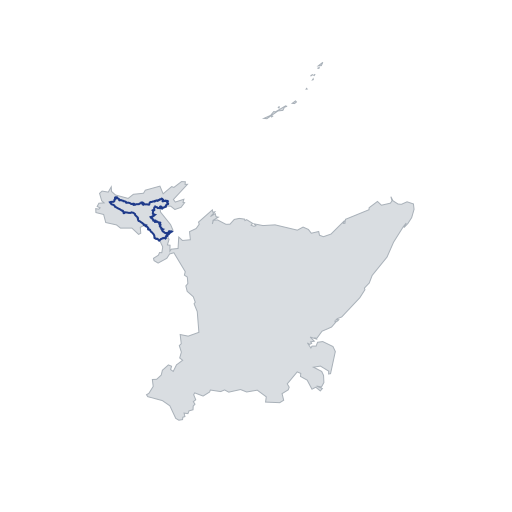 Assam highlighted on a map of India, rotated 232°
{"feature_id": "IND-2477", "entity_name": "Assam", "entity_type": "State", "adm_level": 1, "iso_a3": "IND", "parent_name": "India", "parent_adm1": "", "projection": "natural_earth1", "projection_center": [92.64, 26.061], "detail": "fine", "context": "in_parent", "style": "outline", "palette": "blue", "viewbox_px": 512, "rotation_deg": 232, "n_neighbors": 0, "source": "natural_earth", "source_scale": "10m", "svg_char_len": 9264}
<svg xmlns="http://www.w3.org/2000/svg" viewBox="0 0 512 512"><g transform="rotate(232 256 256)"><path d="M110.1,223.6L115.8,222.3L116.6,218.1L126.7,219.9L133.7,216.9L135.9,219.0L139.3,217.1L136.0,201.9L132.2,201.4L130.7,199.0L131.5,191.8L125.3,189.0L125.8,184.4L135.0,173.6L138.7,177.4L149.5,174.4L154.6,164.9L160.3,161.6L165.5,150.7L169.8,148.8L170.9,144.7L178.5,137.5L177.4,135.7L178.2,128.1L185.9,123.4L185.1,121.5L179.8,120.0L179.8,116.9L176.8,116.7L176.4,114.1L173.6,111.7L175.2,107.9L173.7,105.3L176.5,102.6L173.2,101.1L174.0,99.1L172.3,97.4L174.1,94.1L177.5,92.8L191.0,95.9L199.7,93.2L211.8,84.1L214.1,84.3L213.7,87.0L216.5,94.7L222.5,98.3L220.0,101.8L220.5,108.0L223.6,111.9L224.1,119.9L221.1,121.6L219.1,118.8L216.0,119.7L219.2,126.4L219.0,134.0L222.6,133.1L226.2,138.0L232.6,140.4L232.9,143.1L240.8,147.9L234.6,153.2L231.0,164.0L248.4,175.5L256.5,177.8L257.0,179.7L262.5,181.5L270.5,180.0L275.6,182.3L276.3,185.4L281.7,188.9L285.0,187.8L287.2,190.6L309.1,193.3L310.8,189.2L309.1,184.3L310.7,174.5L315.1,172.8L317.3,173.8L316.7,179.6L318.1,182.1L316.6,183.8L320.6,188.1L326.7,189.5L332.5,187.2L336.4,188.6L348.9,187.6L349.8,182.4L344.9,179.2L345.3,176.8L354.4,175.4L361.4,166.4L366.4,165.2L374.9,158.2L382.5,161.5L388.8,156.6L392.0,158.9L389.7,160.9L389.9,162.8L392.8,161.3L394.3,164.7L391.4,169.0L394.5,168.4L401.7,171.3L401.9,174.7L397.3,178.9L399.6,184.5L395.9,181.9L390.6,182.8L380.1,190.7L380.1,197.4L374.7,206.0L376.0,209.3L370.2,223.3L362.2,221.1L362.6,232.3L360.6,233.5L360.5,243.1L358.0,246.0L356.1,244.2L354.7,246.1L351.4,225.7L348.2,225.6L345.1,234.1L343.2,231.5L342.0,232.6L340.5,226.9L342.6,220.7L347.7,219.5L349.9,217.0L351.2,211.3L353.6,210.5L349.4,207.8L333.3,208.0L327.3,206.4L327.2,198.6L325.7,195.3L324.5,197.8L322.7,197.8L319.3,193.0L317.4,194.9L312.8,191.1L313.5,193.5L309.9,199.2L318.5,206.8L313.5,207.6L309.2,214.3L316.1,218.6L314.5,225.8L316.0,230.8L318.1,231.6L319.2,250.0L317.2,248.9L316.1,250.8L315.1,244.4L314.5,249.9L311.5,248.7L309.8,250.2L310.6,244.2L308.1,241.3L310.3,244.4L308.1,247.9L299.5,251.8L297.1,255.0L298.2,261.4L295.9,266.0L292.1,269.7L290.7,269.1L290.4,271.0L283.9,273.4L283.2,271.1L280.6,272.7L279.9,274.6L282.6,274.2L275.7,280.2L268.8,290.2L250.9,304.5L249.8,310.9L244.7,313.6L239.9,313.6L236.7,320.5L233.3,318.8L229.7,321.0L227.1,328.6L229.4,347.6L227.9,344.9L227.0,346.2L229.8,349.1L222.9,373.5L224.4,374.9L224.2,385.3L218.8,386.1L214.9,394.4L215.7,397.1L219.7,398.8L215.3,397.9L209.5,399.9L207.2,402.4L205.7,408.4L200.1,412.1L195.5,409.3L190.4,402.3L188.1,395.7L187.3,390.1L189.5,394.7L188.4,390.1L182.2,372.9L174.5,358.6L169.2,335.6L165.0,328.6L164.0,321.7L162.4,321.1L159.2,312.1L155.2,286.0L156.6,281.5L156.4,279.9L154.9,282.0L154.6,280.8L154.8,278.1L156.6,278.4L154.6,277.4L153.5,271.8L156.1,261.7L153.7,253.3L154.9,252.2L153.6,252.3L158.8,248.8L153.0,249.5L154.7,246.2L152.9,246.1L153.3,243.9L155.9,243.0L149.7,242.6L150.5,244.7L148.0,247.9L150.1,251.4L147.5,255.9L137.3,260.9L131.9,259.7L117.4,242.3L118.3,240.6L120.5,242.4L129.6,239.0L133.0,232.8L124.6,236.7L120.3,235.7L114.5,231.6L112.5,227.0L116.3,223.6L110.7,226.7L110.1,223.6ZM356.2,370.9L354.2,366.8L356.8,362.6L357.5,349.1L359.6,346.9L357.8,354.1L358.9,358.9L357.6,360.1L356.2,370.9ZM367.5,422.1L367.5,427.9L365.8,424.7L367.5,422.1ZM353.9,382.6L352.5,382.7L352.4,380.2L354.0,378.5L353.9,382.6ZM362.9,412.8L362.8,414.5L362.4,412.9L362.9,412.8ZM364.5,410.5L363.9,412.7L364.1,410.3L364.5,410.5ZM366.1,420.0L365.6,421.8L365.1,421.1L366.1,420.0ZM357.0,399.0L356.1,399.1L356.6,398.2L357.0,399.0ZM355.8,371.7L354.9,372.7L355.3,371.2L355.8,371.7ZM359.2,364.9L359.6,366.5L358.5,365.3L359.2,364.9ZM360.4,410.1L359.7,409.7L360.0,408.9L360.4,410.1ZM356.2,354.0L355.8,355.8L356.0,353.9L356.2,354.0Z" fill="#d9dde1" stroke="#a8b0b8" stroke-width="1"/><path d="M327.7,189.2L328.0,189.3L328.8,189.1L329.9,189.0L330.3,188.9L330.6,188.6L330.8,187.9L331.2,187.7L331.7,187.7L331.9,187.6L332.3,187.2L332.5,187.1L332.9,187.2L333.8,187.9L334.9,188.5L336.2,188.7L339.1,188.5L339.6,188.2L341.0,188.3L341.3,188.4L341.7,188.6L342.0,188.6L342.4,188.4L342.6,188.2L342.9,187.6L343.0,187.5L343.2,187.4L343.7,187.5L344.1,188.2L344.2,188.3L344.9,188.2L345.3,188.3L346.0,188.3L346.9,187.7L347.2,187.6L347.4,187.7L347.5,188.1L347.7,188.3L347.8,188.1L347.8,187.9L347.7,187.8L347.9,187.7L347.9,187.3L348.0,187.3L348.5,187.6L349.3,187.6L349.7,187.2L349.7,186.8L351.0,187.0L351.7,186.7L352.2,186.7L352.6,186.5L354.4,185.9L355.0,185.8L355.3,185.6L355.7,185.2L355.9,185.1L357.0,185.3L358.3,185.9L358.3,186.2L358.5,186.3L359.1,186.5L362.6,186.0L362.9,186.1L363.1,186.2L363.5,186.5L364.1,186.3L365.2,186.1L365.8,185.8L366.4,185.2L367.1,184.7L367.1,184.2L367.1,183.9L367.3,183.5L368.6,182.0L369.5,181.3L371.2,179.6L371.4,179.3L371.3,179.1L371.0,178.7L370.9,178.6L371.0,178.4L371.2,178.1L371.3,178.1L371.7,178.5L372.0,178.6L372.3,178.8L373.3,178.5L373.5,178.8L373.8,178.6L374.0,178.7L374.3,178.5L374.8,178.1L375.4,177.9L376.0,177.7L376.7,177.5L378.2,176.7L381.2,175.5L381.7,175.2L382.3,175.4L382.8,175.5L383.6,175.3L384.1,175.1L385.4,174.2L385.8,174.0L388.3,174.0L388.0,174.9L387.6,175.5L386.8,176.6L386.5,177.0L386.4,177.3L386.5,177.6L386.6,178.4L387.0,178.8L387.4,179.0L387.5,179.2L387.6,179.9L387.5,180.4L387.5,180.5L387.5,181.0L388.1,180.5L388.4,180.5L388.8,180.9L388.8,181.4L388.7,181.5L388.4,181.7L388.3,182.1L388.0,182.3L387.8,182.5L387.7,182.6L387.4,182.5L387.1,182.5L386.7,182.5L385.1,183.1L384.9,183.1L384.3,182.6L384.1,182.6L383.8,182.8L383.6,183.0L383.4,183.8L383.0,184.2L382.3,184.5L381.4,185.3L381.1,185.4L380.7,185.3L380.3,185.9L378.9,186.8L378.4,186.8L378.1,186.5L377.9,186.5L377.5,186.9L376.8,188.1L376.4,188.4L375.5,189.1L374.7,189.5L374.3,189.5L374.0,189.7L373.7,189.8L373.1,190.5L373.0,191.1L372.8,191.5L372.3,192.0L372.1,192.1L371.9,192.1L371.8,191.9L371.7,191.4L371.5,191.2L370.8,192.3L370.7,192.5L370.7,193.1L370.5,193.6L369.9,194.3L368.9,195.7L368.9,195.9L369.0,196.3L368.9,197.0L368.6,197.4L368.6,197.6L368.6,198.1L368.8,198.5L368.3,199.3L367.9,199.6L366.7,199.9L366.6,199.7L366.9,199.3L367.0,199.0L367.0,198.7L366.8,198.5L366.5,198.4L365.7,198.8L365.7,199.0L365.9,199.4L365.9,199.5L364.7,200.7L364.1,201.6L363.7,202.1L363.1,202.5L362.3,203.3L362.3,203.5L362.7,204.1L362.9,204.3L363.2,204.6L363.3,204.8L363.5,205.3L363.5,206.0L363.4,206.3L363.1,206.6L362.8,207.1L362.6,207.7L362.4,208.4L362.0,209.1L361.7,209.2L361.5,209.4L361.5,209.8L361.7,210.2L361.6,210.4L361.3,210.5L361.4,210.9L361.0,211.7L360.9,212.1L360.7,212.2L360.4,212.0L360.2,212.1L360.1,212.3L359.9,213.0L359.8,213.4L359.8,213.7L360.0,213.8L359.7,214.4L359.9,214.9L359.8,215.0L359.6,215.1L359.4,215.6L359.4,216.5L359.3,216.9L359.0,216.9L359.1,217.1L358.8,217.3L358.4,217.2L358.2,217.2L357.5,217.5L357.3,217.5L356.8,216.3L356.6,216.1L356.4,216.2L356.0,217.4L355.2,218.3L355.1,218.5L355.2,219.0L354.8,219.2L353.9,220.2L353.7,220.3L353.4,220.3L353.2,220.0L353.1,219.5L353.2,219.1L352.6,219.0L351.9,219.0L351.2,218.9L351.1,218.7L351.5,217.8L351.5,217.5L351.5,217.1L351.3,216.6L351.3,216.1L351.2,215.9L350.4,215.4L350.5,215.2L350.7,214.1L351.3,212.5L351.3,212.0L351.1,211.4L351.1,211.2L351.4,211.0L351.8,211.2L352.5,211.6L352.5,211.8L353.7,211.5L353.9,211.1L353.8,210.7L353.4,210.5L353.5,210.4L353.0,210.0L352.8,209.9L353.5,209.0L354.0,208.5L354.3,208.4L354.5,208.3L354.5,208.1L354.9,208.1L355.4,208.0L355.7,207.6L357.0,207.1L356.8,206.8L356.8,206.5L356.9,206.0L356.8,205.7L355.9,204.8L355.3,204.5L355.1,204.2L354.8,204.1L354.8,203.9L355.3,203.5L355.5,203.1L355.7,202.8L355.7,202.7L355.1,202.8L354.8,202.8L354.1,201.9L353.7,201.5L353.2,201.1L353.1,200.9L352.7,200.7L352.5,200.9L352.1,201.2L351.6,201.2L351.2,201.3L350.7,201.7L350.7,200.8L350.6,200.1L351.1,198.9L351.0,198.6L350.7,198.5L350.7,198.4L350.7,198.1L350.8,198.0L351.5,197.2L351.6,196.9L350.6,196.8L349.5,197.2L349.1,197.2L348.2,197.4L347.8,197.4L347.4,196.9L347.2,196.8L346.9,196.9L346.5,197.3L346.1,198.3L345.9,198.6L345.7,198.7L345.4,198.7L345.3,198.4L345.4,197.9L345.4,197.7L345.0,197.4L344.9,197.5L344.5,198.1L344.2,198.5L344.0,198.9L343.7,199.2L343.7,199.3L343.9,199.3L344.3,199.1L344.2,199.2L343.7,199.5L343.1,199.6L342.6,199.8L342.2,200.0L342.1,200.3L341.6,200.9L341.5,201.0L341.2,201.1L340.9,200.8L340.9,200.1L340.9,199.6L340.7,199.5L339.8,199.8L339.6,199.7L339.3,199.9L339.2,199.8L339.2,199.7L339.3,199.4L339.3,199.1L339.1,198.9L338.8,198.8L338.7,198.6L338.2,198.6L337.7,198.5L337.1,198.6L336.8,198.8L336.7,198.7L336.6,198.4L335.9,198.5L335.4,198.7L335.2,198.3L334.8,198.6L334.3,199.0L334.3,198.9L334.5,198.4L334.4,198.1L333.9,197.8L333.0,197.7L332.7,197.7L332.2,198.1L331.8,198.2L331.2,198.2L330.4,198.4L330.2,198.5L329.9,198.8L329.4,199.3L329.2,199.7L328.8,200.1L328.7,200.7L328.4,201.2L328.4,201.4L328.5,201.9L328.6,202.2L329.0,202.6L329.0,202.9L328.6,203.1L328.2,203.2L328.0,203.4L327.9,204.1L327.8,204.3L327.1,204.6L327.2,204.0L327.2,203.1L327.3,202.3L327.2,201.8L327.0,201.2L326.8,200.1L326.9,199.8L327.3,199.0L327.4,198.7L326.9,198.5L327.3,198.3L327.3,198.1L327.2,197.9L327.0,198.1L326.9,198.0L326.6,197.5L326.5,197.4L326.5,196.9L326.3,196.5L326.2,196.1L325.7,196.0L325.6,195.6L325.9,195.6L326.4,195.4L326.3,195.0L326.4,194.9L326.6,194.7L326.9,194.2L327.3,194.0L327.3,193.9L327.2,193.7L327.5,193.3L327.6,192.2L327.8,191.8L327.9,191.5L327.8,190.3L327.6,189.4L327.7,189.2Z" fill="none" stroke="#1e3a8a" stroke-width="2"/></g></svg>